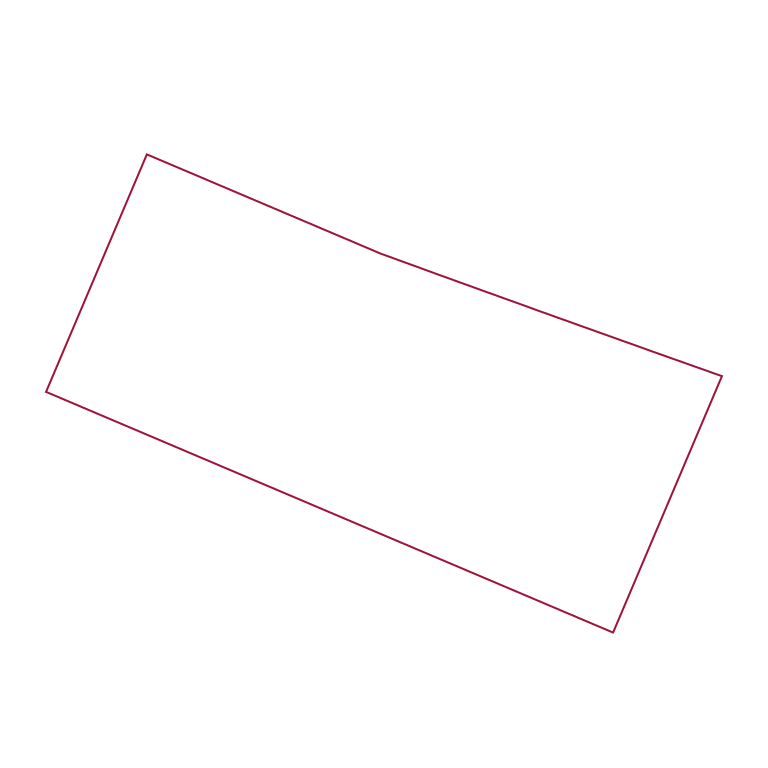 SVG path tracing the border of Saskatchewan, rotated 293°
{"feature_id": "CAN-631", "entity_name": "Saskatchewan", "entity_type": "Province", "adm_level": 1, "iso_a3": "CAN", "parent_name": "Canada", "parent_adm1": "", "projection": "mercator", "projection_center": [-105.491, 54.496], "detail": "fine", "context": "isolated", "style": "outline", "palette": "rose", "viewbox_px": 768, "rotation_deg": 293, "n_neighbors": 0, "source": "natural_earth", "source_scale": "10m", "svg_char_len": 1765}
<svg xmlns="http://www.w3.org/2000/svg" viewBox="0 0 768 768"><g transform="rotate(293 384 384)"><path d="M436.7,692.0L432.1,692.0L425.1,692.0L418.0,692.0L410.9,692.0L404.1,692.0L396.7,692.0L389.6,692.0L382.5,692.0L375.4,692.0L368.3,692.0L361.3,692.0L354.2,692.0L347.1,692.0L340.0,692.0L332.9,692.0L325.8,692.0L318.7,692.0L311.6,692.0L304.5,692.0L297.5,692.0L290.4,692.0L283.3,692.0L276.2,692.0L269.1,692.0L262.0,692.0L254.9,692.0L247.8,692.0L244.8,692.0L244.7,691.6L244.7,674.7L244.7,657.6L244.7,640.4L244.7,623.1L244.7,605.6L244.7,588.1L244.7,570.3L244.7,552.5L244.7,534.5L244.7,516.4L244.7,498.2L244.7,479.8L244.7,461.2L244.7,442.5L244.7,423.7L244.7,404.6L244.7,385.5L244.7,366.1L244.7,346.6L244.7,327.0L244.7,307.1L244.7,287.1L244.7,266.9L244.7,246.5L244.7,225.9L244.7,205.1L244.7,184.1L244.7,162.9L244.7,141.5L244.7,119.9L244.7,98.1L244.7,76.0L260.9,76.0L277.0,76.0L293.1,76.0L309.2,76.0L325.4,76.0L341.5,76.0L357.6,76.0L373.7,76.0L389.8,76.0L406.0,76.0L422.1,76.0L438.2,76.0L454.3,76.0L470.5,76.0L486.6,76.0L502.7,76.0L502.7,83.3L502.7,90.6L502.7,97.9L502.7,105.1L502.7,140.9L502.7,176.2L502.7,210.9L502.7,245.0L502.7,266.6L502.7,288.1L502.7,309.3L502.7,330.3L503.4,342.6L504.0,354.8L504.7,366.9L505.3,379.0L505.9,391.0L506.6,402.9L507.2,414.8L507.9,426.6L508.5,438.4L509.2,450.1L509.8,461.7L510.5,473.3L511.1,484.8L511.7,496.3L512.4,507.7L513.0,519.0L513.7,530.3L514.3,541.6L515.0,552.7L515.6,563.9L516.3,575.0L516.9,586.0L517.6,597.0L518.2,607.9L518.8,618.8L519.5,629.6L520.1,640.4L520.8,651.1L521.4,661.8L522.1,672.5L522.7,683.1L523.3,692.0L517.2,692.0L510.1,692.0L503.0,692.0L496.0,692.0L488.9,692.0L481.8,692.0L474.7,692.0L467.6,692.0L460.5,692.0L453.4,692.0L446.3,692.0L439.2,692.0L436.7,692.0Z" fill="none" stroke="#9f1239" stroke-width="2"/></g></svg>